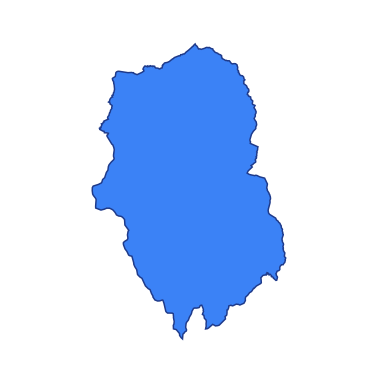 Lunca Ilvei, Bistrita-Nasaud, Romania, rotated 197°
{"feature_id": "2599482B66912585754157", "entity_name": "Lunca Ilvei", "entity_type": "district", "adm_level": 2, "iso_a3": "ROU", "parent_name": "Romania", "parent_adm1": "Bistrita-Nasaud", "projection": "mercator", "projection_center": [25.011, 47.358], "detail": "fine", "context": "isolated", "style": "filled", "palette": "blue", "viewbox_px": 384, "rotation_deg": 197, "n_neighbors": 0, "source": "geoboundaries", "source_scale": "gbopen_adm2", "svg_char_len": 6017}
<svg xmlns="http://www.w3.org/2000/svg" viewBox="0 0 384 384"><g transform="rotate(197 192 192)"><path d="M298.2,224.8L295.1,224.2L293.8,224.3L293.1,223.0L291.0,223.6L289.1,223.7L289.3,222.1L289.5,222.1L289.9,221.4L289.5,220.4L282.6,214.3L281.5,213.9L279.8,211.7L278.7,209.7L277.9,204.6L277.5,203.2L276.3,201.4L276.3,200.1L278.1,196.8L279.3,193.7L279.4,191.8L278.8,188.3L279.6,185.7L279.7,180.2L281.1,177.8L281.1,175.1L281.4,174.1L283.7,171.9L288.2,168.8L288.6,167.1L287.8,164.1L286.4,161.0L285.2,159.8L282.5,157.9L281.5,156.8L280.0,150.2L279.4,148.5L273.8,148.1L271.0,149.8L268.8,151.6L266.0,152.4L263.0,151.9L262.0,151.5L259.5,149.9L257.5,148.0L255.2,147.6L252.7,148.0L250.9,147.5L248.5,146.0L246.5,140.8L241.3,136.9L241.6,135.7L241.2,132.1L240.0,129.6L239.7,128.6L239.8,128.1L240.1,127.2L241.8,125.3L242.8,123.7L242.5,122.3L241.8,121.1L239.4,118.0L236.8,116.1L234.2,113.2L233.2,112.9L230.7,113.0L227.2,107.5L226.4,105.7L224.8,103.8L222.2,101.6L219.9,97.1L217.0,95.5L214.6,94.8L209.1,88.6L205.5,86.7L203.6,86.4L201.0,83.0L198.9,81.0L198.7,80.2L195.9,77.9L193.0,77.7L190.9,78.5L188.8,80.0L188.2,80.0L186.3,77.4L182.2,70.3L181.3,69.6L180.0,69.1L175.5,70.4L174.4,70.2L173.2,67.3L173.0,66.4L171.2,63.1L170.7,60.5L170.9,59.0L169.7,55.7L166.8,55.8L162.6,53.0L161.9,51.2L159.8,49.5L158.1,48.7L159.1,53.3L158.8,54.1L158.4,54.4L158.3,55.1L157.7,56.4L156.8,57.4L156.9,58.6L158.2,60.2L158.6,61.2L159.2,64.5L159.1,65.8L158.0,68.5L157.9,71.5L157.1,74.8L157.0,76.3L157.2,77.8L156.5,81.1L155.6,81.8L153.5,82.4L151.5,83.5L151.2,84.0L151.0,85.5L150.6,86.1L149.6,86.6L146.8,83.2L146.7,82.0L146.1,81.3L146.1,80.8L146.3,78.0L144.6,77.5L143.2,74.8L141.3,73.8L140.5,72.5L140.0,70.1L139.2,67.8L139.0,65.0L137.2,65.9L136.2,67.1L133.5,71.5L130.4,70.8L128.2,71.8L127.0,72.7L122.9,80.4L124.0,82.7L122.9,84.1L122.9,85.1L123.2,86.7L124.0,89.4L123.3,89.8L123.1,92.0L123.5,93.8L121.7,95.1L120.2,94.9L119.3,95.4L116.9,97.7L114.6,98.1L113.2,97.9L109.8,100.8L109.2,103.7L109.9,105.8L110.0,107.1L109.7,107.8L108.6,109.5L107.5,112.6L106.0,114.2L104.9,117.9L104.5,117.9L102.9,121.0L99.5,124.6L99.2,125.5L100.6,129.2L101.1,130.0L99.9,132.7L99.6,133.1L97.9,134.0L96.7,134.4L97.0,135.1L96.2,135.4L96.7,136.4L96.7,136.8L95.7,136.8L94.0,135.2L93.4,136.2L91.5,135.2L91.6,134.6L91.3,134.2L90.3,134.4L89.1,134.0L89.1,133.5L85.9,132.0L85.2,132.4L85.3,135.3L85.6,135.9L86.9,136.9L87.1,137.5L87.9,138.4L87.5,139.5L87.6,140.1L87.4,141.2L85.9,142.3L85.5,143.1L85.4,143.8L86.0,145.3L86.0,146.8L85.2,148.3L85.2,148.6L83.6,149.1L83.3,150.6L82.7,151.6L82.8,154.1L83.2,154.6L83.0,155.7L83.3,156.6L83.9,156.7L84.9,157.6L85.4,160.9L87.1,162.3L88.4,164.5L88.2,165.0L89.1,166.5L89.1,168.5L89.6,169.5L91.0,170.8L91.3,171.8L91.8,172.2L92.3,174.2L92.2,177.7L92.4,178.3L93.1,178.6L93.3,179.7L94.4,181.3L94.6,182.8L96.0,183.9L97.0,186.0L97.6,186.4L98.8,187.8L100.3,188.4L101.2,189.3L103.0,189.9L104.4,191.5L111.3,193.3L112.6,194.3L113.8,196.6L114.0,198.2L114.2,203.9L114.4,205.2L115.0,206.7L114.9,208.4L115.6,210.2L117.1,212.4L117.6,212.6L118.0,213.4L120.5,215.6L120.9,216.7L121.7,217.6L122.2,221.7L126.6,226.5L131.7,226.3L134.9,226.8L136.0,226.6L136.8,226.0L140.8,225.6L142.6,225.6L144.8,226.2L144.5,228.5L141.7,233.5L143.3,234.6L141.9,236.1L141.3,237.4L139.9,239.1L140.1,240.2L140.9,241.1L140.9,242.1L140.4,242.8L140.3,243.5L140.5,244.0L141.0,244.2L141.0,244.7L140.7,244.9L140.8,246.1L141.2,247.0L141.4,249.1L141.9,249.3L141.6,251.4L142.1,253.5L142.1,254.5L150.5,255.5L150.7,257.1L151.1,257.4L151.9,258.7L152.0,264.6L151.1,268.0L149.6,271.1L149.6,271.8L150.1,272.8L149.8,274.4L149.9,275.4L151.1,277.8L153.2,279.5L154.1,280.5L153.6,283.0L154.2,284.6L153.9,286.0L154.1,287.4L155.6,289.3L157.4,290.7L157.0,293.2L159.5,293.5L160.2,294.2L160.5,296.8L162.7,297.9L163.8,300.1L165.2,300.0L166.0,300.3L166.1,300.9L167.6,301.4L167.8,303.7L167.2,304.0L167.1,305.2L167.9,306.9L169.4,307.6L170.9,309.5L174.2,310.8L174.4,311.2L174.5,312.4L175.1,313.3L174.2,314.7L175.5,315.5L176.1,316.9L176.7,317.4L177.9,317.9L179.4,317.7L180.3,318.0L180.9,318.3L181.5,319.4L182.7,320.0L182.9,320.5L182.7,321.2L184.3,322.3L184.8,324.8L185.7,325.8L185.9,326.6L187.0,327.1L187.8,327.4L189.3,327.1L190.6,326.4L191.9,326.4L194.6,328.4L196.7,327.8L197.4,328.0L198.1,327.6L202.2,328.5L202.8,329.5L203.3,329.8L203.4,330.8L204.6,331.5L207.2,331.7L207.9,332.2L210.6,332.3L213.3,333.9L214.0,334.9L215.7,334.8L217.6,335.3L218.1,335.2L218.6,334.7L219.8,334.7L220.6,334.4L222.0,333.1L224.9,331.1L226.3,331.2L227.6,330.7L229.7,332.8L231.5,333.6L232.3,334.5L233.4,332.5L233.4,331.9L234.2,331.2L234.3,330.7L236.7,326.7L238.8,323.7L239.4,322.2L239.9,321.7L240.9,321.4L241.4,320.6L243.0,320.0L243.2,318.8L244.4,318.4L248.3,315.3L248.8,314.1L249.7,313.5L250.0,312.7L250.9,311.7L251.7,310.3L253.5,308.7L255.7,307.6L256.3,306.8L256.6,305.5L257.0,305.4L257.2,304.7L257.0,304.1L257.3,303.9L257.0,303.1L256.9,301.9L257.8,301.5L258.8,300.3L259.4,300.1L259.9,300.4L261.1,300.4L263.0,300.0L263.8,300.3L263.9,300.6L264.5,301.3L265.5,301.1L266.1,300.6L266.4,301.0L267.2,300.5L268.8,300.6L269.0,300.4L268.9,300.0L269.6,299.9L269.6,299.6L270.0,299.6L270.1,299.3L271.0,299.3L271.2,299.0L271.4,299.5L272.1,298.8L273.8,298.8L273.9,298.2L274.3,297.9L274.8,296.1L274.8,295.1L274.0,294.7L273.4,293.6L274.8,291.8L278.8,288.2L282.1,288.4L282.8,289.0L283.3,288.7L284.6,288.7L288.1,287.4L297.1,286.1L298.1,285.8L299.2,284.9L299.7,283.9L299.1,280.0L301.2,277.6L301.3,277.1L300.5,275.7L299.2,274.5L298.6,273.0L297.8,271.7L296.1,267.6L295.8,264.7L296.1,263.7L295.9,263.2L296.0,262.1L295.7,261.7L296.6,261.1L296.7,260.7L295.8,259.6L296.6,259.1L297.4,257.5L297.6,255.6L297.3,254.7L298.1,253.6L296.3,253.1L296.0,252.1L294.0,251.5L293.5,251.0L293.6,249.6L293.1,248.4L293.8,246.4L293.6,244.6L294.0,243.7L293.8,243.1L294.0,242.4L293.8,240.8L294.3,239.9L294.5,239.1L294.4,238.2L293.3,237.3L296.7,234.3L297.0,234.0L296.7,233.1L297.3,232.7L297.4,231.4L298.5,230.7L297.9,230.2L298.1,229.8L297.8,229.2L298.1,228.0L297.9,227.3L298.7,226.9L298.4,226.2L299.1,225.8L298.7,225.2L298.1,225.4L298.2,224.8Z" fill="#3b82f6" stroke="#1e3a8a" stroke-width="1.5"/></g></svg>